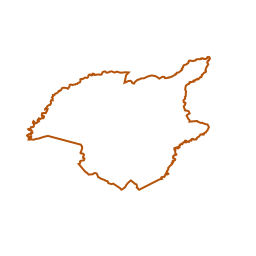 Sidrolândia, Mato Grosso do Sul, Brazil, rotated 73°
{"feature_id": "56859067B34075926381215", "entity_name": "Sidrolândia", "entity_type": "district", "adm_level": 2, "iso_a3": "BRA", "parent_name": "Brazil", "parent_adm1": "Mato Grosso do Sul", "projection": "equal_earth", "projection_center": [-54.979, -21.085], "detail": "fine", "context": "isolated", "style": "outline", "palette": "amber", "viewbox_px": 256, "rotation_deg": 73, "n_neighbors": 0, "source": "geoboundaries", "source_scale": "gbopen_adm2", "svg_char_len": 5700}
<svg xmlns="http://www.w3.org/2000/svg" viewBox="0 0 256 256"><g transform="rotate(73 128 128)"><path d="M141.5,59.8L139.9,67.4L139.0,66.9L138.4,66.9L136.3,67.9L134.8,68.0L133.6,68.4L133.1,68.2L132.8,67.6L132.0,64.8L129.9,65.0L128.7,66.4L128.1,68.1L127.6,68.4L126.8,68.1L126.3,68.3L125.0,68.5L123.5,68.3L122.4,66.5L121.3,66.1L121.0,65.7L120.4,65.9L120.0,66.9L119.5,67.1L118.1,67.0L117.7,66.8L116.7,64.9L116.1,64.7L115.1,64.6L114.8,64.2L114.5,63.5L113.8,63.2L112.7,63.0L109.9,61.8L108.0,62.1L104.6,60.4L104.3,60.0L104.2,59.4L103.6,58.1L103.6,56.6L103.1,56.1L102.6,56.1L102.2,55.9L102.1,55.1L102.6,54.7L102.7,53.7L102.4,52.7L102.9,51.8L101.8,51.3L101.9,50.7L102.3,50.1L101.8,49.6L101.6,48.8L101.8,47.7L101.3,47.5L101.4,46.8L101.9,46.3L101.5,45.9L101.4,45.3L100.4,43.8L100.7,43.2L100.5,42.6L99.9,42.4L99.2,41.9L98.7,41.8L98.7,41.2L98.4,40.6L97.3,39.0L97.4,38.3L97.3,37.6L97.0,37.0L96.2,36.7L95.5,37.1L93.9,36.2L93.4,35.5L92.3,34.8L92.1,34.3L90.5,32.6L89.1,33.1L88.2,32.9L87.9,32.3L87.4,32.3L86.9,30.8L86.3,30.7L85.9,30.2L85.8,29.5L85.2,29.3L84.8,29.5L84.1,29.5L83.5,30.3L83.4,31.2L84.0,32.1L84.5,32.2L84.7,33.7L83.9,35.8L83.2,36.0L83.0,37.0L82.9,37.8L83.4,38.0L83.4,38.7L82.7,40.6L82.4,42.8L83.2,43.8L82.9,45.3L83.1,46.0L82.6,47.3L81.8,48.4L81.6,50.1L82.2,50.3L82.4,50.8L83.1,51.0L83.5,51.4L83.7,52.6L84.2,53.2L84.3,56.4L85.7,57.7L86.1,57.6L87.1,59.3L87.9,59.1L88.3,59.6L89.7,63.3L89.4,65.2L89.9,65.7L90.2,66.6L90.7,66.5L91.8,71.8L91.8,72.6L91.5,73.8L91.8,74.2L91.5,76.1L91.5,76.8L91.1,78.1L90.5,78.4L89.8,78.3L89.1,80.1L89.9,83.7L88.2,84.9L86.0,87.1L85.8,87.9L84.8,89.6L84.6,90.7L84.5,93.9L85.1,98.0L84.9,99.3L84.4,101.0L84.9,103.0L84.6,104.2L85.0,105.0L84.9,105.5L86.2,108.1L87.3,109.3L86.5,110.5L85.9,110.8L84.8,110.9L83.6,111.8L83.2,114.0L83.7,118.1L76.9,114.3L75.1,111.1L74.0,113.9L73.1,118.5L72.5,119.8L71.1,121.7L70.9,122.2L71.0,124.3L70.7,125.2L69.5,126.4L69.0,127.3L68.8,129.3L69.1,130.2L69.1,131.2L68.8,132.3L68.3,132.8L67.6,133.0L67.1,133.7L67.0,134.3L67.1,135.6L67.4,136.2L68.9,137.4L69.2,138.4L68.5,139.6L68.4,140.4L68.0,141.2L67.5,144.5L66.3,144.7L65.8,145.8L66.9,146.2L67.1,146.9L67.0,147.7L66.7,148.0L66.2,148.0L66.2,148.6L65.7,148.9L65.7,149.6L66.1,150.5L67.3,151.0L67.8,151.6L68.1,152.4L67.2,154.5L67.8,156.4L67.9,157.3L67.5,157.9L67.4,158.7L67.6,159.4L68.7,159.5L70.1,160.4L70.4,162.7L71.0,163.6L70.8,164.1L70.7,164.9L71.0,165.7L70.6,167.3L70.7,168.4L69.7,170.0L69.8,171.1L70.9,171.7L72.0,172.7L72.9,174.0L72.0,174.8L71.0,176.8L70.9,177.5L70.6,178.2L70.5,179.2L72.3,181.2L72.1,181.9L72.8,182.7L72.4,183.5L73.6,184.9L74.0,186.7L73.9,187.6L74.8,188.4L74.9,189.4L74.6,190.1L75.7,190.2L76.0,191.1L76.6,191.8L77.7,191.3L78.8,191.8L79.5,191.9L79.0,193.4L80.0,194.1L81.5,194.3L82.2,194.7L83.1,195.7L82.8,196.4L83.6,198.8L84.5,199.8L85.6,201.8L86.0,201.9L85.9,200.2L86.2,199.3L87.4,200.0L88.5,201.0L88.8,201.6L89.7,202.2L89.6,202.9L89.3,203.3L88.9,204.5L89.1,205.3L88.8,205.7L89.8,206.4L90.3,206.3L91.0,206.8L91.6,206.7L91.8,205.3L92.3,204.9L93.5,205.6L93.9,206.3L93.4,207.5L93.8,209.4L92.7,210.3L94.0,212.1L94.9,211.2L95.6,211.1L95.8,211.8L95.6,212.6L96.5,213.7L96.5,214.3L96.2,214.8L94.7,216.2L94.2,216.1L93.8,216.3L94.6,217.2L95.5,217.3L96.6,216.2L97.1,216.4L97.4,217.1L99.1,217.8L99.3,218.9L98.8,220.5L99.9,221.4L100.1,222.1L99.9,223.1L100.0,223.8L100.7,223.5L101.3,222.9L101.2,221.5L102.3,220.9L102.9,220.7L103.5,221.2L103.9,221.9L104.4,221.6L104.7,221.1L105.5,222.5L105.0,223.4L104.9,224.4L105.5,226.7L106.0,226.7L106.7,226.1L107.5,225.9L107.3,223.9L107.6,223.0L108.2,223.1L108.8,223.6L108.9,225.1L109.6,226.3L110.1,226.5L110.7,223.5L111.3,222.5L111.6,221.4L111.5,219.6L112.0,216.2L111.8,211.3L112.2,206.8L130.2,177.9L130.8,177.9L132.4,177.3L132.8,177.6L134.2,177.8L135.4,178.8L136.8,179.7L137.7,180.6L138.3,180.7L138.7,180.3L138.9,179.4L139.3,178.6L140.2,178.0L140.9,177.9L142.0,179.2L142.7,179.3L143.4,179.7L144.3,178.6L144.8,178.7L146.0,179.7L145.6,182.7L145.9,183.6L147.3,183.9L147.7,184.2L148.0,185.1L148.0,185.7L157.0,181.8L158.2,181.1L158.6,180.4L161.0,179.3L161.8,175.9L161.8,174.9L161.3,173.5L161.4,172.7L162.0,171.7L162.6,171.2L166.5,170.8L167.0,169.9L168.3,169.0L170.4,166.2L172.1,164.5L172.9,163.2L173.4,162.9L174.8,163.0L175.3,162.5L176.6,160.6L176.9,159.9L176.9,158.4L183.2,153.2L184.6,152.7L185.1,152.2L184.0,148.5L182.9,147.1L181.9,146.2L180.3,143.7L179.0,140.6L182.5,138.2L183.0,138.1L184.4,136.4L184.9,136.3L187.1,136.6L187.5,137.0L188.5,136.2L190.0,135.8L190.3,135.4L186.4,113.1L186.6,110.4L185.3,110.8L184.9,110.4L184.9,108.4L185.4,107.7L185.1,107.1L183.5,106.0L183.4,105.3L183.9,104.2L183.5,103.6L183.6,102.9L182.9,103.0L182.1,104.4L181.7,103.8L180.4,103.3L179.8,102.0L178.7,101.3L178.1,101.4L177.3,100.0L176.7,99.4L175.6,96.7L174.5,96.5L174.6,95.7L174.3,95.1L172.7,95.1L172.4,94.6L172.8,94.3L172.8,93.5L172.3,92.2L171.9,92.0L170.9,92.3L170.1,93.5L168.8,93.4L168.1,92.9L167.7,92.4L167.9,91.7L167.4,90.6L167.7,90.1L167.6,89.5L167.0,89.6L166.5,90.2L163.9,89.7L163.0,89.1L162.4,89.1L162.6,89.8L162.0,90.0L160.8,89.4L160.8,87.4L161.9,86.8L162.1,86.0L161.8,85.3L161.3,86.4L160.8,86.2L160.8,85.3L160.4,84.6L160.2,83.7L159.4,83.6L159.1,83.2L159.4,82.7L158.6,81.4L159.3,80.7L158.2,79.6L157.8,78.5L158.3,78.0L158.5,77.3L157.5,77.5L156.9,77.2L157.0,76.4L157.5,75.8L158.1,75.8L158.7,75.1L158.6,74.4L159.1,73.8L158.5,73.4L158.2,72.8L158.1,72.0L158.6,71.3L158.4,70.9L157.5,70.8L157.2,70.4L157.2,69.5L157.7,68.7L158.2,68.6L158.5,67.7L158.5,66.7L158.9,66.3L158.7,65.7L157.5,64.9L156.9,62.5L155.4,60.6L155.7,59.7L155.6,58.3L156.3,58.2L156.4,57.5L155.9,57.2L155.0,56.3L155.1,55.6L155.0,54.8L154.4,54.3L153.7,53.1L152.7,52.0L150.8,50.4L148.3,50.8L147.9,51.0L146.3,53.7L144.7,55.4L144.5,56.8L144.1,57.3L142.2,59.6L141.5,59.8Z" fill="none" stroke="#b45309" stroke-width="2"/></g></svg>